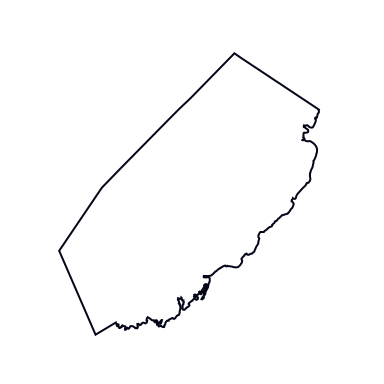 the district of West Kwaio, Malaita, Solomon Islands, rotated 256°
{"feature_id": "97153195B63477576504683", "entity_name": "West Kwaio", "entity_type": "district", "adm_level": 2, "iso_a3": "SLB", "parent_name": "Solomon Islands", "parent_adm1": "Malaita", "projection": "albers", "projection_center": [160.814, -9.033], "detail": "fine", "context": "isolated", "style": "outline", "palette": "ink", "viewbox_px": 384, "rotation_deg": 256, "n_neighbors": 0, "source": "geoboundaries", "source_scale": "gbopen_adm2", "svg_char_len": 5747}
<svg xmlns="http://www.w3.org/2000/svg" viewBox="0 0 384 384"><g transform="rotate(256 192 192)"><path d="M80.5,86.8L80.8,87.8L81.5,88.3L81.3,88.6L79.6,88.4L79.2,88.0L78.9,88.3L78.0,88.3L77.6,88.5L77.5,89.3L77.8,90.2L78.1,90.3L78.0,90.9L78.3,91.1L78.4,91.3L79.1,91.5L79.4,92.1L78.5,92.6L78.6,93.3L78.4,93.5L77.7,94.8L77.3,94.9L76.7,94.4L76.3,94.4L76.0,94.1L74.8,93.7L74.4,93.8L74.5,94.5L74.9,94.9L75.2,95.8L75.7,96.0L75.9,96.4L75.8,96.6L75.3,96.7L74.7,97.2L74.7,97.5L75.3,98.5L76.7,99.7L76.7,100.3L76.1,102.0L75.7,102.3L75.5,102.8L74.0,103.8L73.9,104.3L73.6,104.4L73.7,104.7L73.2,105.1L73.0,105.9L73.5,106.5L74.4,106.9L75.4,106.7L77.2,107.1L77.0,108.1L76.3,108.7L75.6,108.9L75.4,109.2L75.8,110.6L76.1,111.1L76.7,111.4L76.6,111.8L77.0,112.6L76.9,113.5L75.8,114.9L76.2,116.5L78.0,117.4L78.2,116.8L78.6,116.8L80.2,117.6L80.9,118.2L81.2,118.7L80.8,118.9L80.4,119.7L79.7,120.1L79.4,120.6L77.3,122.1L77.0,122.7L76.9,123.6L75.6,124.1L75.0,124.1L74.7,124.4L74.6,124.8L76.3,125.5L76.1,126.6L75.3,127.1L74.6,126.7L74.1,126.0L73.1,126.0L73.2,127.0L73.2,127.7L73.6,128.8L73.6,129.7L74.5,130.5L74.8,131.1L75.1,131.4L75.0,131.8L73.6,131.2L72.7,130.4L72.0,130.1L71.9,129.7L72.2,128.7L72.0,127.5L71.4,126.2L71.1,126.5L71.2,126.8L70.7,126.8L69.6,127.3L69.5,128.2L69.9,128.7L69.8,129.3L68.2,130.8L68.1,131.3L67.7,132.2L67.9,132.5L69.2,132.7L69.8,133.9L71.4,134.5L72.3,135.4L73.0,136.4L73.2,137.5L72.8,137.6L72.8,138.2L73.4,138.2L73.7,138.8L74.5,142.4L74.3,142.8L74.0,142.8L73.5,143.3L73.2,143.9L73.3,144.4L73.6,145.1L75.4,147.2L75.9,148.5L75.8,149.4L76.2,149.8L77.8,150.9L78.1,150.8L79.1,151.1L80.2,151.8L81.9,152.5L82.1,152.8L83.6,152.8L84.6,153.3L85.0,153.3L85.5,152.7L86.0,152.6L86.1,153.0L86.6,153.0L87.2,152.3L88.1,152.9L89.1,152.9L89.4,152.8L89.7,152.5L90.2,152.6L90.9,152.2L92.4,152.8L92.1,153.3L91.2,154.3L91.0,155.0L91.3,155.6L92.2,156.0L91.5,156.4L90.8,156.0L90.0,156.3L89.4,156.2L89.2,156.3L88.9,157.4L88.3,157.1L87.1,157.5L86.6,157.2L86.4,156.7L85.3,156.6L85.0,156.0L83.4,155.1L82.8,155.1L81.7,154.7L80.6,154.6L80.1,154.8L79.9,155.6L79.6,155.9L79.6,156.5L81.1,158.8L81.5,159.7L81.6,160.9L82.5,162.0L83.8,162.1L84.3,161.6L84.9,162.1L85.9,164.2L86.0,164.8L86.5,165.6L86.5,166.2L86.9,166.4L87.6,167.4L87.8,168.5L87.7,169.0L86.4,170.0L86.3,170.4L86.7,171.3L86.6,171.6L86.8,171.8L87.4,171.8L88.1,172.3L89.3,171.6L89.6,171.0L89.2,170.5L89.3,169.0L89.7,168.6L90.2,168.6L90.4,169.0L91.7,169.2L91.8,170.2L91.1,171.3L90.3,171.4L90.2,171.7L90.7,171.9L91.1,172.7L91.0,173.2L91.1,173.5L92.7,174.6L93.3,174.7L93.5,175.3L93.0,175.4L92.4,174.9L91.6,174.9L90.7,175.8L90.7,176.1L91.2,176.4L92.3,177.6L92.8,176.8L93.1,176.9L93.5,177.8L94.2,177.8L95.5,179.4L96.7,180.4L97.1,181.1L98.3,181.1L98.6,181.7L99.1,181.8L99.3,182.8L99.1,183.8L98.6,184.0L97.9,183.8L97.2,182.7L96.8,182.7L96.5,182.3L94.0,180.9L93.0,179.7L92.8,179.1L91.2,179.0L89.4,178.4L89.2,179.0L89.2,179.7L90.5,180.6L91.4,180.8L92.3,181.4L93.5,182.5L93.7,182.4L93.8,182.8L94.3,183.2L94.5,183.5L94.9,183.6L95.5,184.4L96.2,184.6L99.1,186.1L101.1,187.6L102.9,188.1L104.2,188.3L105.2,187.6L105.7,186.4L105.8,185.5L105.6,185.3L106.4,182.8L106.9,182.8L107.7,183.2L106.5,187.3L106.3,190.2L107.4,192.8L107.9,193.3L108.3,194.2L109.1,195.1L109.0,195.4L109.6,196.9L110.5,198.5L111.3,200.6L111.2,201.1L111.5,201.4L112.4,204.3L112.6,206.3L112.5,206.7L111.7,207.0L111.5,208.0L111.8,208.6L111.3,209.3L109.9,212.9L108.9,214.4L108.8,215.0L108.3,216.0L108.0,218.0L108.3,219.2L109.5,221.2L111.4,223.2L113.2,224.1L114.0,224.0L114.5,223.7L115.4,224.0L116.8,225.8L117.6,227.4L118.1,227.6L118.2,228.0L118.6,228.2L118.9,229.0L119.0,229.8L118.4,229.9L118.4,230.4L117.7,230.9L117.4,231.3L117.4,232.3L117.8,233.2L117.7,235.2L118.5,236.5L118.7,237.4L119.2,238.0L123.3,241.1L125.2,243.1L126.5,244.1L127.4,244.2L130.6,246.0L131.2,245.9L132.1,245.5L134.2,246.1L136.5,248.3L136.6,249.0L135.9,251.4L135.9,252.3L136.7,253.0L137.2,254.8L138.7,257.5L139.2,258.9L139.3,260.5L139.5,261.2L140.1,261.8L140.7,261.8L141.5,263.1L142.0,264.4L142.8,264.9L143.5,265.6L143.6,265.8L143.3,266.3L143.6,267.1L145.2,269.1L145.5,270.2L147.7,273.8L147.5,274.3L147.8,275.2L147.6,275.8L147.8,276.8L147.8,278.8L148.1,280.1L148.6,280.4L148.7,280.9L150.2,282.7L151.1,283.4L152.3,285.4L154.3,287.0L155.4,287.6L156.4,287.8L158.4,286.9L159.4,286.8L159.4,286.6L160.1,286.9L160.5,287.3L161.2,288.4L161.5,288.5L160.9,289.0L160.6,289.6L160.4,290.3L160.6,290.8L161.4,291.5L163.4,292.6L164.8,294.2L168.6,299.8L170.7,303.4L171.7,304.6L172.9,305.4L172.8,307.2L174.0,308.8L175.8,310.0L179.2,310.3L180.2,310.8L181.6,310.9L182.5,311.8L183.4,312.1L185.0,313.3L187.0,315.0L189.8,316.3L190.7,316.9L192.1,317.3L192.6,317.2L193.9,318.7L197.5,321.3L199.2,322.0L199.4,322.3L200.7,323.0L203.3,323.7L205.6,323.6L207.0,323.2L209.6,321.9L211.9,319.9L212.9,318.7L213.1,317.0L214.0,314.7L214.3,314.4L215.7,313.9L215.4,312.5L215.4,312.0L215.7,311.6L215.8,311.7L215.9,312.7L216.5,313.5L216.9,313.4L216.7,313.7L216.8,313.9L217.7,313.5L220.8,314.0L222.4,314.8L222.4,315.3L221.9,316.8L221.9,318.5L222.1,319.0L222.7,319.5L223.7,319.6L224.6,319.4L226.4,317.7L227.6,317.3L227.9,317.1L227.7,316.5L227.8,316.3L228.9,316.3L229.5,316.8L229.0,317.1L228.8,317.4L229.0,318.6L229.0,319.8L228.2,320.6L226.6,321.6L226.2,322.1L225.5,323.7L225.5,324.8L225.9,325.3L229.0,328.0L231.2,329.4L232.5,329.7L232.9,329.7L233.3,329.1L234.1,329.5L234.4,329.8L234.4,330.2L234.0,330.2L233.8,330.9L234.2,331.3L237.6,333.0L238.1,333.9L238.6,334.4L239.8,334.7L240.7,334.6L241.2,335.1L309.8,272.4L316.3,266.7L283.4,213.3L275.9,200.0L266.8,185.0L231.5,127.3L218.0,105.6L167.1,48.9L76.9,63.9L83.8,86.6L80.5,86.8ZM87.8,177.9L87.6,177.4L87.2,177.8L87.1,177.7L87.5,177.2L87.3,176.7L86.6,176.1L86.3,175.7L85.7,175.3L85.4,176.3L86.0,177.0L86.2,177.6L87.2,178.2L87.6,178.2L87.8,177.9Z" fill="none" stroke="#020617" stroke-width="2"/></g></svg>